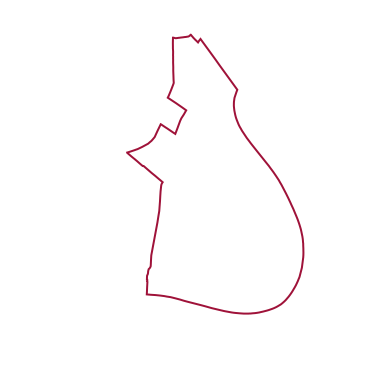 Yan Nawa, Bangkok Metropolis, Thailand, rotated 329°
{"feature_id": "78962969B14857806522936", "entity_name": "Yan Nawa", "entity_type": "district", "adm_level": 2, "iso_a3": "THA", "parent_name": "Thailand", "parent_adm1": "Bangkok Metropolis", "projection": "natural_earth1", "projection_center": [100.54, 13.694], "detail": "fine", "context": "isolated", "style": "outline", "palette": "rose", "viewbox_px": 384, "rotation_deg": 329, "n_neighbors": 0, "source": "geoboundaries", "source_scale": "gbopen_adm2", "svg_char_len": 3463}
<svg xmlns="http://www.w3.org/2000/svg" viewBox="0 0 384 384"><g transform="rotate(329 192 192)"><path d="M100.5,256.5L103.4,258.6L103.5,258.7L107.7,261.6L111.3,264.3L114.7,267.0L116.6,268.7L119.5,271.1L123.0,274.6L126.5,278.2L129.0,281.0L131.5,283.6L141.3,293.5L144.5,296.8L149.2,301.8L154.1,306.6L157.8,310.2L159.0,311.3L162.4,314.3L164.1,315.8L165.7,317.1L167.3,318.3L170.6,320.7L173.9,323.0L175.6,324.0L177.6,325.2L179.6,326.3L181.7,327.3L183.7,328.3L185.8,329.2L187.6,329.9L189.5,330.5L191.3,331.1L195.0,332.2L196.9,332.7L198.8,333.1L200.7,333.5L202.6,333.8L204.5,334.0L206.5,334.1L208.4,334.1L210.3,334.1L212.4,333.8L214.6,333.4L216.7,332.9L218.8,332.2L220.9,331.5L222.9,330.7L224.7,329.9L226.4,329.1L228.1,328.2L231.4,326.4L233.1,325.4L234.9,324.2L236.8,322.9L238.5,321.6L240.3,320.3L247.2,313.5L253.7,305.3L255.0,303.4L256.2,301.5L258.5,297.5L259.8,295.1L260.8,293.4L261.4,292.0L261.8,291.3L262.8,289.2L263.7,287.0L264.5,284.7L265.3,282.4L265.6,281.5L265.8,280.9L266.1,280.0L266.7,277.7L267.3,275.3L267.8,273.0L268.3,270.6L268.7,268.3L269.4,263.5L270.1,258.8L270.6,254.0L270.9,251.6L271.4,246.7L271.8,241.8L272.1,236.8L272.4,231.7L272.4,229.2L272.5,226.6L272.4,224.2L272.3,221.7L272.0,216.7L271.5,211.7L271.3,209.2L270.6,204.2L268.7,190.0L267.8,183.1L267.4,179.9L267.3,178.6L266.8,174.0L266.6,169.6L266.4,165.1L266.5,162.9L266.5,160.7L266.7,158.2L267.1,155.7L267.5,153.2L268.0,150.8L268.7,148.4L269.5,146.1L270.3,143.9L271.3,141.7L272.2,139.8L273.3,138.0L274.4,136.3L276.9,133.2L281.7,129.1L283.5,127.7L280.9,97.8L280.5,92.5L280.4,91.1L279.5,80.8L278.5,69.8L278.1,65.2L276.8,65.7L276.0,66.0L275.0,66.5L274.2,66.9L273.8,65.3L273.4,63.8L273.2,63.2L272.9,61.7L272.7,61.0L272.4,59.2L272.2,58.1L272.0,56.6L271.9,56.5L271.6,56.5L271.2,56.7L270.9,56.8L270.5,56.9L270.2,56.9L269.8,56.9L269.5,56.9L269.2,56.9L268.8,56.8L268.3,56.6L267.9,56.4L267.6,56.3L267.0,56.1L266.3,55.8L265.3,55.3L264.5,55.0L263.6,54.6L262.7,54.2L262.1,53.9L261.1,53.5L260.4,53.2L259.6,52.8L259.0,52.6L258.6,52.4L258.4,52.3L257.6,52.0L257.1,51.7L256.4,51.0L255.5,50.1L255.4,50.0L255.2,49.9L253.8,52.1L252.3,54.5L250.5,57.6L249.7,58.9L248.3,61.6L247.1,63.6L246.2,65.0L245.5,66.3L244.5,67.9L243.9,69.0L242.6,71.1L240.2,75.4L238.5,78.2L237.6,79.8L235.9,82.9L234.0,86.3L232.7,88.8L232.5,89.1L232.3,89.3L232.0,89.6L230.1,91.1L226.9,93.6L224.5,95.4L221.5,97.6L219.8,98.7L221.1,101.4L224.1,107.7L227.2,114.6L229.1,119.0L225.0,121.3L220.9,123.3L220.0,123.9L218.4,125.0L213.8,128.7L212.7,129.6L207.6,133.6L206.4,131.1L203.5,124.8L202.5,122.8L200.3,118.1L200.1,117.8L198.6,118.8L194.3,121.6L188.3,125.7L185.4,126.7L183.5,127.3L181.4,127.6L179.3,128.0L172.5,127.7L170.4,127.5L167.3,127.2L166.1,126.9L164.5,126.6L160.4,125.7L157.9,125.1L156.8,124.8L156.7,125.4L156.8,125.5L158.3,130.1L160.8,137.2L161.9,140.7L163.1,144.3L163.5,144.5L163.9,144.8L164.2,145.7L167.3,155.2L168.8,159.3L170.3,163.8L170.7,164.9L171.9,168.5L171.7,168.6L170.6,169.2L169.8,169.7L169.3,170.2L168.7,170.9L165.3,175.4L162.6,179.3L159.9,183.3L154.1,191.5L150.6,195.6L146.6,200.4L124.5,225.3L122.1,228.8L118.9,233.6L118.1,234.6L117.1,235.2L116.2,235.6L115.2,235.8L114.3,236.6L114.1,236.8L113.8,237.2L113.4,237.6L113.2,237.9L113.0,238.2L112.6,238.8L112.3,239.1L111.9,239.5L111.5,239.9L110.9,240.2L110.3,240.7L109.5,241.9L108.4,243.6L108.6,243.7L108.6,243.8L108.3,244.2L108.3,244.5L107.9,245.1L107.7,245.2L107.4,245.5L107.5,246.1L106.8,247.1L104.7,250.2L102.2,254.0L100.5,256.5Z" fill="none" stroke="#9f1239" stroke-width="2"/></g></svg>